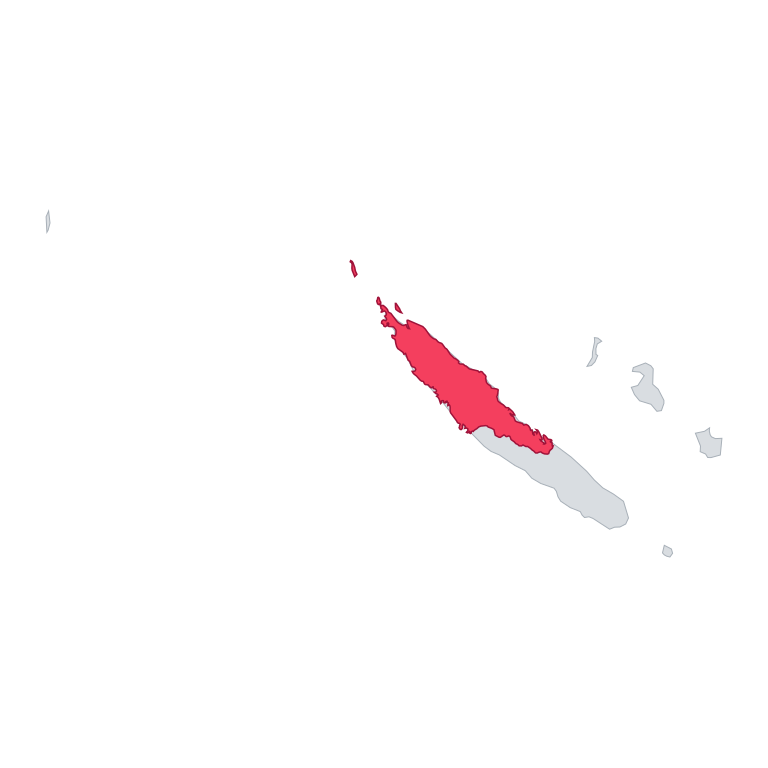 Nord highlighted on a map of New Caledonia
{"feature_id": "NCL-559", "entity_name": "Nord", "entity_type": "Province", "adm_level": 1, "iso_a3": "NCL", "parent_name": "New Caledonia", "parent_adm1": "", "projection": "natural_earth1", "projection_center": [164.928, -20.615], "detail": "fine", "context": "in_parent", "style": "filled", "palette": "rose", "viewbox_px": 768, "rotation_deg": 0, "n_neighbors": 0, "source": "natural_earth", "source_scale": "10m", "svg_char_len": 6952}
<svg xmlns="http://www.w3.org/2000/svg" viewBox="0 0 768 768"><path d="M398.6,321.3L407.9,327.5L417.8,324.9L430.4,334.5L462.3,363.8L473.5,370.0L480.0,372.3L485.0,377.1L489.4,383.9L495.5,388.6L498.1,393.1L498.8,399.1L501.0,402.7L512.1,412.4L518.7,420.9L527.8,425.3L531.8,430.4L536.9,432.9L542.2,438.0L551.1,442.1L571.2,457.1L586.7,471.3L594.4,480.1L602.8,487.9L613.5,494.1L623.5,501.3L628.5,518.0L625.7,524.0L619.9,527.0L614.6,527.2L609.6,529.2L592.9,518.4L589.0,516.8L584.5,517.5L582.1,515.1L580.3,511.6L570.2,507.6L560.7,501.2L558.0,496.8L556.4,491.4L554.1,488.2L540.8,483.5L531.8,478.2L525.3,470.7L515.1,465.6L499.3,454.9L491.2,451.5L484.1,446.2L465.1,426.8L458.3,423.2L452.4,414.5L436.0,394.1L428.0,385.7L419.4,378.2L412.8,369.4L407.8,359.0L396.0,344.2L394.5,337.8L395.0,331.3L392.2,327.1L387.3,324.5L385.0,320.1L385.3,314.2L386.9,311.1L398.6,321.3ZM661.4,410.6L656.9,411.3L651.0,404.3L639.6,400.8L634.5,394.6L631.3,387.3L637.8,385.5L644.2,375.7L639.9,372.1L632.4,371.4L633.3,367.6L645.5,363.0L650.8,365.7L653.2,368.8L652.7,384.3L658.2,389.2L663.9,400.3L663.9,403.4L661.4,410.6ZM711.4,436.8L715.3,438.6L721.9,438.3L720.3,455.0L710.9,457.6L707.7,457.5L705.6,454.0L700.2,451.7L700.5,446.0L695.4,433.2L704.5,431.3L709.6,427.8L709.3,431.0L710.1,434.6L711.4,436.8ZM591.4,365.5L587.0,366.4L592.3,357.5L592.5,352.1L594.7,341.3L594.4,337.6L597.9,338.1L601.7,341.2L597.3,343.9L595.9,348.6L596.0,354.4L597.7,355.5L594.9,361.9L591.4,365.5ZM672.6,553.3L669.9,557.0L666.7,556.2L664.3,554.9L662.5,552.9L664.3,545.3L671.4,549.0L672.6,553.3ZM48.1,230.2L46.9,232.3L46.1,216.8L48.6,211.0L50.0,223.0L48.1,230.2Z" fill="#d9dde1" stroke="#a8b0b8" stroke-width="1"/><path d="M473.4,431.3L473.2,431.1L472.6,431.1L471.9,431.4L471.4,431.7L471.5,431.7L471.2,433.1L470.5,433.5L469.7,433.1L469.3,431.7L468.7,432.3L468.1,432.8L467.4,432.9L466.4,432.3L468.0,430.5L467.8,428.8L466.5,428.0L464.7,428.4L465.4,426.9L465.0,425.9L463.1,424.3L462.3,425.7L462.6,427.7L461.9,429.0L461.1,429.6L460.3,429.4L459.6,428.7L459.1,427.6L459.5,426.9L459.5,426.0L459.8,425.2L460.3,424.3L459.6,423.5L459.1,423.3L458.4,423.2L457.7,422.7L457.2,422.1L456.7,421.0L450.6,412.8L450.2,411.4L450.1,409.3L450.2,407.8L450.0,406.1L449.4,405.0L447.8,405.6L447.9,404.4L448.1,404.1L448.4,403.6L448.4,402.9L447.9,402.9L447.5,402.7L446.7,402.3L447.2,401.6L447.1,401.2L446.5,401.2L445.6,401.7L445.4,402.8L444.4,402.9L443.7,402.2L443.4,400.7L442.9,400.6L441.8,400.8L441.2,401.3L441.7,402.3L441.2,403.0L440.6,403.6L439.1,399.1L438.0,397.2L436.6,396.3L438.2,395.0L437.5,394.2L435.8,393.4L434.4,392.2L435.7,392.1L436.4,391.4L436.5,390.6L436.0,389.6L435.0,388.9L434.0,388.8L433.3,388.4L433.2,386.9L432.7,386.9L431.4,387.8L430.1,387.1L428.2,384.9L427.3,384.7L425.6,384.6L424.8,384.2L424.4,383.7L423.4,381.5L421.5,381.1L420.1,380.1L416.5,376.0L414.0,374.1L412.9,372.8L412.1,371.3L412.6,371.2L413.9,371.4L415.1,370.9L415.8,369.4L415.3,368.1L414.1,367.2L412.6,366.9L411.4,365.8L409.6,361.3L408.1,360.2L405.6,353.5L405.1,353.9L404.7,354.0L404.4,354.0L403.9,354.2L403.1,352.4L397.8,348.6L396.6,346.5L395.6,342.5L395.5,341.1L395.1,339.5L394.1,338.8L393.0,338.3L392.1,337.4L391.8,335.4L392.7,335.2L394.9,336.1L395.7,335.0L396.0,333.4L396.0,330.4L395.7,329.7L394.8,328.4L393.8,327.2L392.9,326.7L389.0,326.5L388.0,326.0L388.6,324.7L388.7,323.5L388.1,322.8L387.0,323.3L387.3,324.3L386.9,325.4L386.0,326.3L385.3,326.7L384.1,326.3L383.7,325.4L383.5,324.5L382.8,324.1L381.5,323.1L381.8,321.2L383.3,319.9L385.8,320.7L386.6,319.5L386.3,318.3L384.7,316.1L385.7,315.6L386.3,314.7L386.4,313.4L385.8,312.1L384.6,311.0L383.6,311.2L382.6,311.8L381.3,312.1L381.3,311.4L381.7,311.0L382.0,310.5L382.4,309.4L381.2,308.9L380.8,308.0L380.9,306.8L381.3,305.4L381.9,305.5L383.1,305.4L384.6,306.5L386.2,308.0L387.5,309.6L388.3,311.9L389.1,312.5L390.9,313.4L397.0,321.5L398.3,322.7L402.1,325.2L403.7,325.5L405.6,324.7L406.1,324.7L407.1,327.4L408.0,328.5L409.5,328.7L408.8,327.5L407.6,324.2L407.0,321.0L407.2,320.3L408.0,320.2L422.8,326.6L425.4,329.2L429.8,335.5L431.0,336.7L432.6,338.0L434.3,339.0L435.8,339.4L438.3,342.1L439.2,342.5L441.7,343.4L442.8,344.7L445.2,348.1L446.4,348.8L447.1,349.5L450.1,354.2L454.4,358.4L455.2,358.5L457.7,360.3L458.9,361.6L458.5,362.9L460.0,364.0L463.3,364.2L464.7,365.6L466.3,366.2L469.3,368.9L478.0,370.9L478.2,371.1L478.9,372.0L479.4,372.3L479.7,372.1L480.1,371.8L480.6,371.5L481.1,371.5L482.1,371.9L482.5,372.2L482.8,372.7L483.4,373.5L485.4,375.4L486.0,376.7L485.6,378.2L486.4,382.2L487.3,383.5L488.5,384.6L489.8,385.4L490.8,386.4L491.2,387.9L491.9,388.2L496.3,388.9L497.8,389.4L498.2,389.9L497.8,393.2L497.3,395.4L497.1,396.0L496.7,396.7L496.9,397.3L497.2,397.9L497.4,398.6L497.7,400.3L498.3,401.4L501.1,403.6L503.4,405.0L504.4,406.0L505.5,407.3L506.1,407.6L508.2,407.7L508.8,408.0L509.0,408.7L508.7,409.7L509.2,409.5L509.4,409.4L509.5,409.3L509.8,409.0L512.3,411.3L513.4,412.6L513.7,413.6L514.2,413.9L514.4,414.2L514.8,415.0L513.4,415.0L512.1,414.6L511.0,414.0L509.8,413.0L510.2,414.0L510.9,415.1L511.9,416.0L512.9,416.4L513.7,417.0L514.3,418.4L514.9,420.0L515.4,421.0L517.3,422.0L522.3,423.4L523.8,425.1L526.2,424.4L528.4,425.7L530.0,428.1L530.6,430.4L532.1,430.0L532.9,434.1L534.5,435.7L533.7,433.8L533.6,433.1L534.0,432.3L534.7,431.8L535.5,431.9L536.2,432.5L536.8,433.7L537.2,432.8L537.3,431.8L537.0,430.7L536.2,429.7L537.6,430.1L538.8,431.8L541.7,437.7L542.2,439.3L541.8,440.2L540.1,439.7L540.7,440.8L544.1,443.1L543.6,444.0L544.2,444.1L545.2,443.7L545.7,443.4L545.5,442.2L545.1,441.2L544.5,440.5L544.1,439.7L543.4,437.4L543.2,435.6L543.8,434.9L545.5,436.0L548.0,439.1L548.8,439.3L550.9,439.6L551.6,440.1L551.8,440.7L551.2,441.0L550.5,441.3L550.3,441.7L550.6,442.1L551.2,442.3L551.9,442.4L552.1,443.4L552.2,445.3L552.5,446.4L553.1,446.1L552.4,448.2L551.2,449.4L550.1,450.2L549.3,451.6L548.7,453.6L547.4,454.1L544.7,453.9L543.2,453.4L542.0,452.8L540.9,451.9L539.9,452.0L538.5,452.4L537.4,453.0L535.7,453.0L534.8,452.2L533.6,450.9L532.3,450.2L531.5,449.4L530.3,448.3L527.7,446.5L525.8,446.5L523.0,445.0L521.5,445.9L519.1,445.8L517.8,444.5L515.8,443.6L514.1,441.7L513.5,441.3L511.5,439.9L511.0,439.4L510.8,438.8L510.0,436.7L509.8,436.4L509.2,436.1L508.5,436.0L506.9,436.6L506.2,436.6L505.6,436.2L505.1,435.6L504.6,435.2L503.9,435.0L503.0,435.5L501.0,436.9L500.5,437.3L499.6,437.3L498.9,437.2L495.3,435.3L494.2,430.9L494.1,429.9L492.4,428.7L490.8,428.0L488.1,427.0L487.3,426.0L485.7,425.6L480.9,426.1L478.8,426.9L476.7,428.8L475.4,429.5L473.8,430.7L473.4,431.3ZM355.8,272.0L356.7,273.7L356.9,274.4L354.7,276.6L352.2,270.4L351.9,268.2L352.1,264.2L351.6,262.8L350.2,261.8L350.7,260.6L352.1,261.4L353.0,262.8L354.7,267.4L355.3,270.6L355.8,272.0ZM400.4,310.8L401.7,312.8L400.1,312.3L397.8,310.9L395.9,309.4L395.5,307.6L395.4,303.4L396.0,303.4L399.6,308.8L400.4,310.8ZM380.7,302.0L380.8,302.9L380.7,303.8L380.5,304.7L380.2,305.4L379.6,304.0L378.4,304.5L377.6,303.8L376.8,301.4L376.8,300.6L377.3,299.9L377.8,297.5L378.5,297.3L379.2,298.1L379.9,300.8L380.7,302.0Z" fill="#f43f5e" stroke="#9f1239" stroke-width="1.5"/></svg>